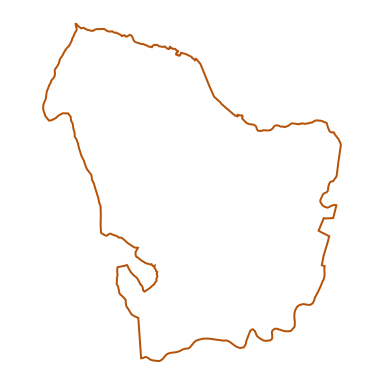 Haghig, Covasna, Romania (Equal Earth projection), rotated 270°
{"feature_id": "2599482B24219232325482", "entity_name": "Haghig", "entity_type": "district", "adm_level": 2, "iso_a3": "ROU", "parent_name": "Romania", "parent_adm1": "Covasna", "projection": "equal_earth", "projection_center": [25.634, 45.863], "detail": "fine", "context": "isolated", "style": "outline", "palette": "amber", "viewbox_px": 384, "rotation_deg": 270, "n_neighbors": 0, "source": "geoboundaries", "source_scale": "gbopen_adm2", "svg_char_len": 5950}
<svg xmlns="http://www.w3.org/2000/svg" viewBox="0 0 384 384"><g transform="rotate(270 192 192)"><path d="M361.0,75.5L359.5,75.6L355.3,76.7L353.7,76.5L350.3,74.5L346.5,73.0L345.4,72.2L343.9,71.9L339.7,70.0L337.9,69.0L337.8,68.6L337.6,68.6L336.5,67.4L334.6,65.8L332.1,64.3L328.4,62.4L324.8,59.9L324.1,59.6L322.8,59.5L322.0,59.1L320.2,58.7L317.0,56.7L314.6,55.0L313.5,54.7L309.8,55.0L307.3,54.4L306.0,53.6L304.0,51.7L303.3,51.3L300.4,50.3L298.6,49.1L296.4,48.4L292.6,46.8L285.2,45.8L279.6,43.4L276.6,43.2L274.8,43.2L272.3,43.8L270.2,44.7L268.1,45.2L263.4,49.0L263.6,49.4L263.5,50.4L263.9,51.8L265.1,54.2L266.0,55.9L268.0,58.0L270.4,61.9L270.7,62.8L270.6,68.1L267.4,70.6L263.2,71.1L260.3,72.7L255.3,73.4L250.6,74.7L247.5,74.7L245.1,76.2L243.0,77.1L240.7,77.9L235.5,79.1L228.2,81.4L223.1,84.0L218.1,85.5L217.0,86.1L215.0,86.8L210.1,90.6L208.5,91.5L204.2,92.0L200.2,94.0L196.4,95.0L186.7,98.1L180.7,99.4L177.7,100.6L168.7,100.8L159.9,100.6L153.0,100.9L151.3,101.1L150.9,101.3L149.0,104.4L148.2,106.7L150.1,109.3L150.3,110.1L150.3,110.7L149.1,113.3L148.0,116.9L146.6,118.4L146.4,119.5L146.3,121.4L144.1,124.3L141.3,127.2L136.6,134.2L136.4,134.8L136.4,137.1L136.1,138.0L133.2,136.2L131.6,135.5L128.7,135.7L128.0,135.9L127.0,136.7L126.5,137.8L124.1,140.6L120.6,146.1L120.4,147.7L119.4,150.6L119.4,151.0L119.7,151.3L119.8,151.6L118.3,152.6L118.0,152.9L117.8,153.4L117.8,154.0L118.3,154.7L116.3,154.4L113.9,156.0L112.7,156.2L112.0,157.3L109.9,156.7L109.2,157.1L107.7,157.4L104.7,156.3L103.6,156.6L103.1,156.5L101.7,155.2L99.8,154.3L98.1,152.1L96.0,149.9L92.4,144.5L92.8,143.9L93.9,143.1L95.7,142.9L97.8,142.1L98.5,141.8L98.9,141.3L99.1,140.8L102.4,139.1L105.7,137.2L106.7,136.2L109.1,133.3L111.5,131.1L115.1,128.9L118.2,127.5L119.0,126.9L118.2,124.7L116.9,117.7L114.7,117.2L112.3,117.2L109.0,117.6L106.2,117.0L100.0,116.7L97.1,118.2L90.9,119.4L90.0,119.9L86.0,124.1L84.1,125.7L80.7,125.8L77.6,126.4L74.8,128.4L70.0,131.3L68.9,132.5L66.1,137.9L66.1,138.3L25.8,141.1L25.9,142.3L26.3,143.7L26.8,144.7L27.0,145.5L26.9,146.4L25.8,148.4L24.4,150.3L23.8,152.2L23.5,153.6L23.1,157.0L23.0,158.5L23.2,160.0L23.9,161.2L25.3,163.0L28.3,165.3L29.7,166.8L30.4,168.2L31.1,170.3L31.6,174.6L32.1,177.3L33.1,180.1L34.6,182.8L35.2,184.7L35.6,188.4L36.7,190.0L41.9,194.3L43.3,196.1L44.2,198.4L45.4,203.7L45.4,208.6L43.4,223.3L43.4,224.4L43.6,226.0L43.3,227.2L42.7,228.7L41.3,230.9L38.7,234.3L37.3,236.5L36.5,238.4L36.0,240.2L36.7,243.8L39.9,245.8L42.5,246.2L44.9,247.0L53.2,250.3L54.5,251.8L54.7,252.9L52.9,254.9L48.3,256.8L47.0,258.0L45.7,259.8L43.6,263.2L43.3,264.8L43.1,266.2L43.7,270.3L44.6,271.5L45.7,272.2L48.5,272.2L52.1,271.9L53.5,272.5L55.1,274.5L55.3,275.7L55.1,277.4L54.4,279.4L52.8,284.8L52.7,289.0L53.2,291.0L56.3,293.8L57.2,294.5L59.4,294.8L62.5,294.8L66.1,294.4L68.1,294.3L71.3,294.6L73.1,295.0L74.7,295.7L77.0,297.0L78.0,298.1L78.8,299.2L79.8,302.4L79.9,303.5L79.1,308.5L79.2,310.3L79.9,311.5L80.9,312.8L83.7,314.2L86.3,314.8L91.0,317.5L97.6,320.6L102.2,322.4L103.8,323.3L105.4,323.9L107.5,324.4L110.7,324.6L115.1,324.3L117.8,324.7L118.8,321.8L128.2,323.6L142.2,327.8L147.8,329.2L151.9,321.0L153.3,318.6L165.9,323.8L165.6,325.2L165.6,326.7L165.9,333.2L178.7,336.4L179.1,334.5L178.7,332.8L178.3,331.5L176.8,328.9L176.4,327.2L177.3,324.4L178.6,322.6L180.5,321.3L182.4,320.3L183.6,320.3L188.8,322.5L189.9,323.2L190.7,324.1L191.7,326.6L192.7,327.5L194.0,328.0L197.6,328.4L200.1,329.2L201.5,329.9L202.3,330.7L202.7,332.0L202.7,333.0L207.6,336.5L208.5,336.7L221.2,338.3L238.5,340.8L239.3,340.8L240.7,340.5L244.8,338.6L249.7,334.7L250.4,334.3L251.2,334.3L251.4,334.1L251.7,333.1L251.6,331.3L251.9,330.6L252.8,329.6L254.0,328.9L255.2,328.6L256.0,328.1L259.1,327.2L260.6,327.0L261.7,325.5L261.7,324.9L262.0,324.1L262.0,323.7L262.9,322.4L263.4,320.1L263.3,318.9L263.7,317.4L263.4,316.0L263.4,315.2L263.3,314.8L261.4,311.9L261.4,310.5L260.9,309.6L260.4,305.9L260.2,305.3L260.1,304.4L260.6,303.0L260.4,301.7L260.6,301.2L259.9,299.7L259.8,298.4L260.0,298.1L260.1,296.3L260.7,292.4L260.4,291.2L258.2,288.3L257.0,285.0L257.0,284.3L257.4,283.1L257.4,280.9L258.4,278.5L258.7,276.2L258.4,275.4L257.9,274.5L257.2,273.7L255.6,272.7L254.5,271.4L253.9,270.2L253.6,269.0L253.5,268.0L253.8,263.6L253.1,261.3L253.0,260.1L253.3,258.5L253.6,257.7L255.1,256.8L257.6,256.1L258.8,254.6L259.3,253.6L259.9,249.3L260.7,246.9L265.3,242.3L265.8,242.1L267.3,242.6L268.5,242.2L268.6,241.9L268.4,241.3L269.1,238.2L268.6,238.3L268.4,238.2L268.4,237.9L267.6,237.4L267.9,236.8L268.4,236.5L268.4,236.3L268.1,235.9L268.5,235.4L268.4,235.1L269.0,234.3L279.9,221.6L281.6,220.4L287.2,214.2L288.1,213.7L297.9,209.4L319.4,200.7L320.3,200.2L325.2,196.1L325.1,195.8L323.7,194.9L325.4,193.4L325.7,192.4L327.0,191.6L327.5,190.9L329.9,185.8L330.4,184.3L330.6,183.0L331.3,181.2L331.0,180.9L329.3,180.5L328.9,179.7L328.4,179.6L328.2,179.0L329.1,177.8L329.1,176.5L329.6,176.1L330.7,176.2L330.9,176.4L331.4,177.2L332.3,177.9L332.7,178.1L333.0,178.0L333.1,176.9L334.8,175.5L335.1,174.9L335.3,172.4L336.1,171.5L337.2,170.0L336.9,169.8L336.4,170.4L335.9,170.3L336.1,169.6L335.0,168.9L334.9,168.5L335.8,166.8L337.5,164.9L337.1,163.4L337.7,159.1L338.9,157.6L339.2,156.5L339.0,155.4L339.1,154.1L338.7,153.7L338.6,153.2L337.9,152.4L336.8,152.0L336.8,151.7L337.0,151.3L337.3,149.2L338.5,146.7L339.5,144.1L339.9,143.3L340.0,141.1L340.6,139.7L341.0,138.0L341.7,136.0L342.4,134.8L343.4,133.8L347.4,132.2L348.6,131.1L349.0,130.4L349.1,130.0L348.9,129.2L347.6,127.1L347.3,126.3L347.6,125.7L348.6,124.9L348.8,124.5L348.7,123.7L348.0,122.4L348.0,121.7L349.3,120.7L349.4,119.8L350.5,118.2L350.7,117.2L351.4,116.2L351.5,115.9L351.2,115.1L351.4,114.1L352.8,112.0L352.4,110.8L352.4,109.6L352.7,108.8L352.7,107.9L353.3,106.6L354.3,105.6L355.0,104.0L355.0,101.7L354.8,100.3L355.0,97.5L354.4,94.9L353.4,93.5L353.1,92.2L353.4,90.6L354.2,87.6L354.9,85.6L355.4,84.8L356.0,84.2L356.2,83.4L356.1,82.8L355.6,81.4L355.8,81.0L357.8,78.3L358.5,77.8L358.9,77.1L359.9,76.5L360.1,75.8L361.0,75.5Z" fill="none" stroke="#b45309" stroke-width="2"/></g></svg>